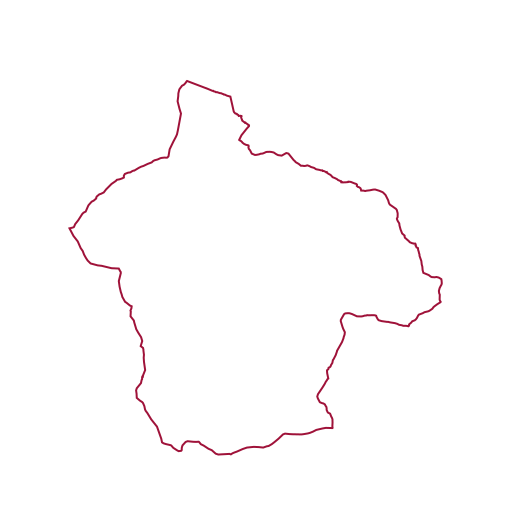 outline of Cincu, Brasov, Romania, rotated 165°
{"feature_id": "2599482B10737296571764", "entity_name": "Cincu", "entity_type": "district", "adm_level": 2, "iso_a3": "ROU", "parent_name": "Romania", "parent_adm1": "Brasov", "projection": "natural_earth1", "projection_center": [24.767, 45.905], "detail": "fine", "context": "isolated", "style": "outline", "palette": "rose", "viewbox_px": 512, "rotation_deg": 165, "n_neighbors": 0, "source": "geoboundaries", "source_scale": "gbopen_adm2", "svg_char_len": 6028}
<svg xmlns="http://www.w3.org/2000/svg" viewBox="0 0 512 512"><g transform="rotate(165 256 256)"><path d="M277.3,442.9L277.6,442.8L279.5,441.2L281.3,440.1L283.4,439.6L286.6,437.1L287.1,436.5L288.9,433.2L289.7,430.6L291.7,425.7L291.8,417.8L291.6,413.0L298.9,397.7L300.8,394.0L302.4,392.0L306.3,387.8L311.8,381.4L314.7,375.0L316.0,374.1L316.5,374.0L319.2,374.8L321.9,375.2L323.1,375.2L326.1,374.7L329.4,374.7L330.9,374.3L332.5,373.4L336.7,373.0L341.5,372.1L343.8,372.0L346.3,371.5L351.5,370.0L352.2,370.2L354.0,369.9L355.7,369.3L358.0,369.6L361.4,369.2L361.9,368.8L362.9,367.7L363.3,366.0L365.3,365.6L367.9,365.4L370.7,365.6L371.9,364.8L376.9,363.0L383.6,359.1L386.6,356.8L389.6,356.2L391.4,356.1L394.2,354.8L395.1,354.0L395.5,352.9L398.4,351.5L400.7,351.0L404.5,348.5L405.1,347.9L409.0,343.0L411.3,342.5L412.9,341.6L418.5,336.5L422.4,333.6L424.3,331.2L424.8,331.0L425.9,330.9L429.0,331.0L427.1,322.6L424.4,316.2L423.3,309.0L422.1,305.7L421.7,301.8L420.8,298.2L419.8,295.2L417.7,291.6L411.3,287.9L407.7,286.5L398.7,281.6L391.8,279.4L391.2,276.7L390.8,275.6L391.0,274.5L395.0,267.3L395.7,261.7L395.9,256.2L395.7,253.7L395.7,251.0L394.3,245.6L393.2,244.4L390.6,240.8L389.1,239.6L389.9,237.7L391.4,235.7L391.3,234.8L392.8,230.2L390.7,225.3L390.8,223.2L390.6,216.2L389.6,212.4L388.0,207.3L387.9,203.3L390.7,198.8L388.9,196.4L389.0,194.5L389.2,193.9L389.8,189.6L390.8,186.8L391.6,182.7L392.6,174.5L396.1,169.8L396.1,169.6L396.4,169.0L396.8,169.0L396.9,168.3L397.4,168.3L397.9,166.5L398.6,165.8L400.0,163.0L405.4,159.1L406.6,157.2L407.0,153.9L407.9,149.8L405.5,146.3L403.7,144.3L403.2,143.2L402.7,139.9L402.9,136.5L402.6,134.9L401.6,132.5L399.5,125.3L395.8,116.8L394.8,104.1L395.0,100.3L393.8,99.0L391.8,97.7L387.3,95.3L386.8,94.7L385.6,92.2L385.1,91.6L382.5,88.7L381.2,87.5L378.7,87.2L378.2,87.5L377.9,88.0L377.4,89.8L376.9,90.7L376.0,92.1L372.1,94.6L370.0,94.8L364.5,92.7L361.0,91.7L359.9,91.6L359.3,91.3L358.9,90.6L358.0,88.5L355.6,86.4L351.8,82.1L349.0,79.9L346.1,75.5L343.8,74.0L332.8,71.7L331.6,70.9L329.8,71.5L327.7,71.8L325.2,72.0L318.7,73.0L314.3,73.3L307.5,72.2L302.8,70.7L298.6,69.1L294.8,69.4L293.0,69.2L289.4,70.2L286.5,71.4L281.5,73.7L276.1,76.7L273.9,76.9L269.7,75.3L266.9,74.4L258.3,71.9L256.1,71.6L251.9,71.2L249.8,71.2L246.4,71.6L242.8,72.4L236.4,72.2L233.0,71.9L226.7,70.0L226.5,70.3L226.3,71.8L225.2,75.2L224.4,78.5L224.5,79.9L224.9,81.6L225.2,84.3L225.3,84.6L227.0,86.1L227.3,87.0L227.6,89.1L227.2,90.6L227.1,92.0L227.7,93.7L227.8,94.7L229.0,96.1L230.0,96.6L231.9,98.0L232.2,98.4L233.1,102.4L233.2,104.4L231.9,106.5L225.9,111.7L222.6,114.8L221.1,116.5L219.7,117.6L218.9,118.5L217.9,118.9L217.6,124.2L217.1,126.9L216.9,127.3L215.5,127.9L214.8,129.3L213.5,129.5L212.6,130.0L211.9,131.1L209.9,133.0L208.7,135.5L207.9,136.1L204.7,139.6L202.6,142.7L202.3,143.4L195.2,150.6L192.8,153.9L192.2,155.1L190.8,157.1L189.9,159.4L190.6,163.0L190.8,165.1L191.0,171.2L190.5,172.5L186.1,176.9L185.4,177.3L184.3,177.4L182.1,177.0L180.5,176.5L178.3,175.1L174.1,171.6L170.1,170.4L168.5,170.2L166.5,170.3L165.0,170.0L163.9,170.1L163.0,169.7L157.7,168.4L156.4,167.9L155.4,167.2L155.4,166.2L154.8,163.6L154.2,162.3L153.6,161.9L151.5,160.6L146.6,158.5L145.4,158.2L143.7,157.2L139.2,155.2L137.1,153.9L135.6,152.5L133.0,151.3L131.9,150.5L128.4,149.5L127.1,148.7L126.2,149.1L125.8,150.3L123.3,151.5L122.0,152.5L119.3,152.8L118.0,153.4L116.6,154.5L114.9,156.4L113.9,157.2L109.7,157.6L107.8,158.1L104.0,158.0L102.7,158.2L99.3,159.4L97.9,160.6L96.7,161.2L93.4,162.5L89.8,163.6L89.5,163.9L89.9,165.4L89.9,166.4L88.5,171.1L88.7,172.6L88.4,174.9L87.0,177.4L85.6,179.0L84.2,180.4L83.6,181.6L83.1,184.2L83.0,185.7L85.1,187.9L87.1,189.0L88.9,189.2L91.6,190.1L92.6,190.9L94.1,192.9L98.7,196.4L98.7,199.3L98.1,202.6L98.1,205.0L97.6,208.3L98.0,213.8L97.7,215.3L97.8,216.9L97.7,217.7L97.8,220.0L97.5,221.7L98.7,222.7L98.9,223.8L98.8,224.3L99.2,224.8L98.7,225.9L99.0,226.8L100.4,227.1L101.2,227.7L101.7,227.8L104.0,229.6L104.2,230.3L107.4,235.1L107.5,236.4L107.2,236.9L107.2,237.3L109.0,239.9L109.5,244.2L109.5,248.3L109.2,250.4L110.0,253.0L110.3,254.8L110.3,255.5L110.0,256.0L109.2,256.8L108.4,259.5L108.1,260.7L108.1,264.0L108.6,265.3L113.4,271.0L113.8,272.3L113.9,273.3L113.9,275.6L115.1,281.4L116.5,283.9L117.2,284.9L120.2,287.2L123.7,289.4L125.6,289.8L129.1,290.0L132.5,290.5L133.7,290.5L135.2,291.3L137.5,292.0L137.4,293.4L137.6,294.5L138.6,295.7L139.0,296.0L139.3,296.1L139.8,296.5L140.2,297.1L140.5,297.6L140.0,298.6L140.1,299.0L140.3,299.4L140.9,299.9L141.9,300.5L145.2,303.0L147.4,303.9L147.6,303.9L147.7,303.6L148.1,303.6L151.0,304.1L152.9,304.6L153.4,305.0L153.8,304.8L154.5,305.1L154.3,305.8L154.4,306.0L154.7,305.8L154.9,306.3L155.8,307.2L157.0,308.0L157.8,309.2L159.7,310.9L161.6,312.3L162.7,314.5L163.3,315.3L164.5,316.4L165.8,317.9L165.9,318.8L166.7,318.8L167.0,319.3L168.6,320.6L169.5,320.8L169.7,321.5L170.0,321.7L170.9,321.8L172.5,322.8L175.0,324.0L175.8,324.5L176.8,325.8L177.6,326.4L179.8,327.7L181.0,328.9L182.8,330.2L183.2,330.3L184.5,330.2L186.3,330.5L187.3,331.0L189.3,331.6L190.9,333.9L193.4,336.4L193.8,337.4L194.8,338.9L198.1,346.4L198.6,346.8L200.1,347.6L200.6,347.5L205.2,346.3L208.5,347.7L210.0,349.0L212.1,351.4L214.2,352.5L215.5,353.0L218.2,353.7L219.4,353.8L222.3,353.3L223.8,353.3L224.8,353.6L226.8,353.4L229.5,353.6L230.9,353.9L233.6,356.0L234.4,359.7L235.2,361.3L235.2,362.9L234.6,364.0L234.7,364.8L236.1,365.6L236.8,365.9L237.7,366.7L238.2,367.0L239.7,368.9L240.1,369.9L240.9,371.1L241.8,371.9L242.2,372.5L238.8,376.4L231.9,381.5L229.2,383.2L229.0,383.8L229.4,384.1L229.2,384.5L230.1,385.5L231.5,387.2L232.1,387.3L232.2,387.5L232.0,387.9L232.8,388.4L234.3,390.4L234.2,391.3L234.4,392.1L234.5,393.8L234.3,394.3L233.8,394.7L233.8,395.0L234.3,395.1L234.6,395.4L235.1,395.6L236.4,395.7L236.8,397.0L237.6,397.6L237.6,398.0L237.9,398.4L239.0,398.9L239.9,400.5L240.1,401.4L239.5,416.6L242.6,418.4L244.4,420.0L245.2,420.2L245.5,420.7L246.2,421.1L247.5,422.2L248.8,422.7L251.3,424.4L252.2,424.5L252.9,425.3L254.1,425.9L254.5,426.6L255.2,426.7L258.9,429.6L277.3,442.9Z" fill="none" stroke="#9f1239" stroke-width="2"/></g></svg>